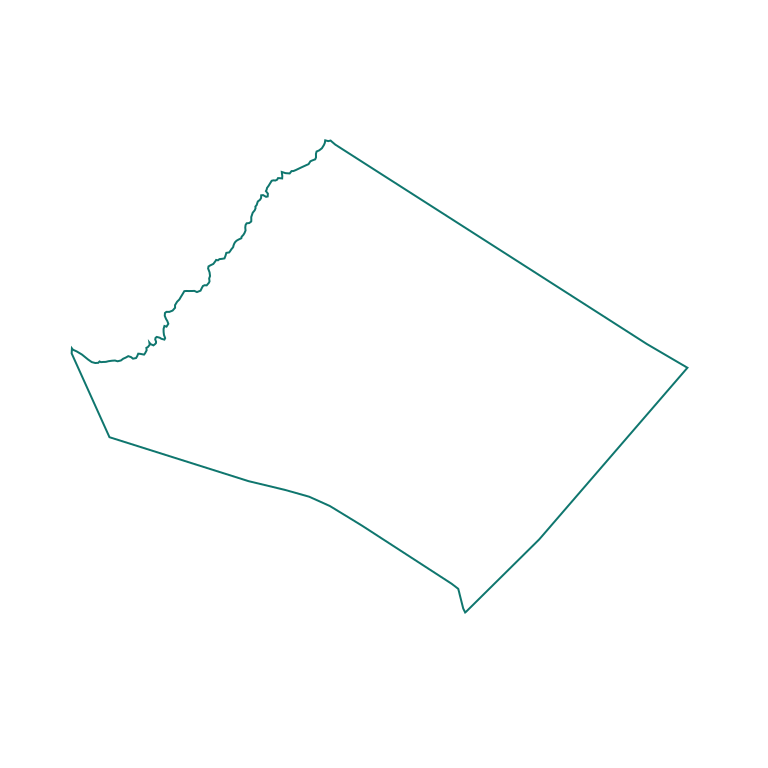 the district of As Sunta, Southern Darfur, Sudan, rotated 142°
{"feature_id": "16777658B61826891911039", "entity_name": "As Sunta", "entity_type": "district", "adm_level": 2, "iso_a3": "SDN", "parent_name": "Sudan", "parent_adm1": "Southern Darfur", "projection": "robinson", "projection_center": [25.684, 10.668], "detail": "fine", "context": "isolated", "style": "outline", "palette": "teal", "viewbox_px": 768, "rotation_deg": 142, "n_neighbors": 0, "source": "geoboundaries", "source_scale": "gbopen_adm2", "svg_char_len": 2458}
<svg xmlns="http://www.w3.org/2000/svg" viewBox="0 0 768 768"><g transform="rotate(142 384 384)"><path d="M460.7,154.0L459.6,154.0L357.3,166.0L134.9,210.0L152.3,253.8L171.8,309.3L234.8,488.4L241.5,507.4L257.7,553.4L275.0,602.6L276.0,607.5L276.2,608.7L278.4,609.7L280.3,612.2L282.1,610.5L284.0,609.4L287.8,608.0L291.2,608.0L294.0,608.7L295.9,607.3L298.1,604.4L299.9,603.4L303.1,604.4L304.9,604.8L308.1,603.7L310.9,604.4L315.5,605.5L321.8,606.9L324.3,607.6L325.8,608.7L328.7,608.0L331.8,610.8L334.0,614.0L334.9,612.6L336.1,610.5L337.7,608.7L339.9,610.8L340.8,611.5L342.4,610.8L344.3,611.2L345.8,612.6L347.4,613.3L353.0,611.2L355.5,610.5L356.8,609.4L358.3,608.7L358.3,605.5L360.2,603.4L361.7,604.1L363.0,607.3L364.6,608.3L366.4,606.2L368.3,605.5L371.1,605.5L374.2,603.4L376.1,603.0L377.0,601.6L378.9,600.5L380.2,600.2L382.0,599.8L385.8,597.3L387.7,594.8L388.6,593.8L391.1,593.8L393.3,595.2L395.2,594.5L397.0,592.7L398.6,590.2L401.1,588.8L403.0,588.1L405.5,587.7L406.7,586.7L409.8,587.4L412.0,587.7L414.2,587.4L415.8,586.7L417.6,585.6L418.3,584.9L419.5,584.5L421.1,584.2L423.2,583.5L425.0,583.0L427.5,584.4L430.0,582.6L432.4,581.2L434.3,582.2L436.8,583.7L438.7,583.7L439.9,585.1L440.9,584.7L444.6,583.7L447.7,584.4L449.9,584.7L451.5,583.3L452.7,579.4L454.6,576.2L456.8,574.8L458.3,572.3L459.6,571.6L463.0,570.9L464.6,572.3L466.4,572.7L468.9,571.6L471.1,570.5L474.8,571.6L476.1,574.1L478.6,575.9L480.8,577.6L482.6,579.1L484.2,580.1L486.7,579.1L490.7,577.6L493.2,576.6L496.4,576.2L500.1,574.8L501.7,572.7L505.4,572.0L508.8,573.0L511.0,574.8L512.9,574.8L514.8,572.7L515.7,569.5L516.0,567.0L516.9,564.2L520.1,563.1L521.3,564.9L523.8,563.1L525.7,560.6L527.2,558.1L528.2,554.9L529.7,554.2L531.6,556.7L532.2,558.5L534.1,561.0L535.6,561.0L536.9,559.9L537.5,557.8L538.4,556.7L539.7,556.4L541.9,556.4L543.4,559.2L543.4,561.0L544.4,559.2L547.2,558.5L549.0,558.8L550.3,556.7L553.4,555.3L555.0,554.9L557.5,557.8L559.0,559.2L561.5,557.8L563.4,557.1L566.2,558.5L566.8,561.0L568.4,563.4L571.2,563.8L574.0,564.5L576.8,564.5L579.9,565.9L580.8,567.1L581.5,568.1L584.0,569.8L587.1,571.6L589.6,572.7L591.5,574.1L593.6,575.5L594.3,576.9L596.1,576.6L598.6,578.3L600.8,581.2L602.1,585.4L603.9,593.2L606.1,598.9L608.0,602.5L608.0,604.2L611.3,600.4L632.7,512.7L633.1,511.1L550.6,390.9L527.0,361.2L512.4,341.3L501.8,321.2L498.1,311.4L488.5,285.8L453.7,185.0L451.6,176.9L453.1,173.4L453.8,171.9L459.8,158.3L460.3,155.9L460.7,154.0Z" fill="none" stroke="#0f766e" stroke-width="2"/></g></svg>